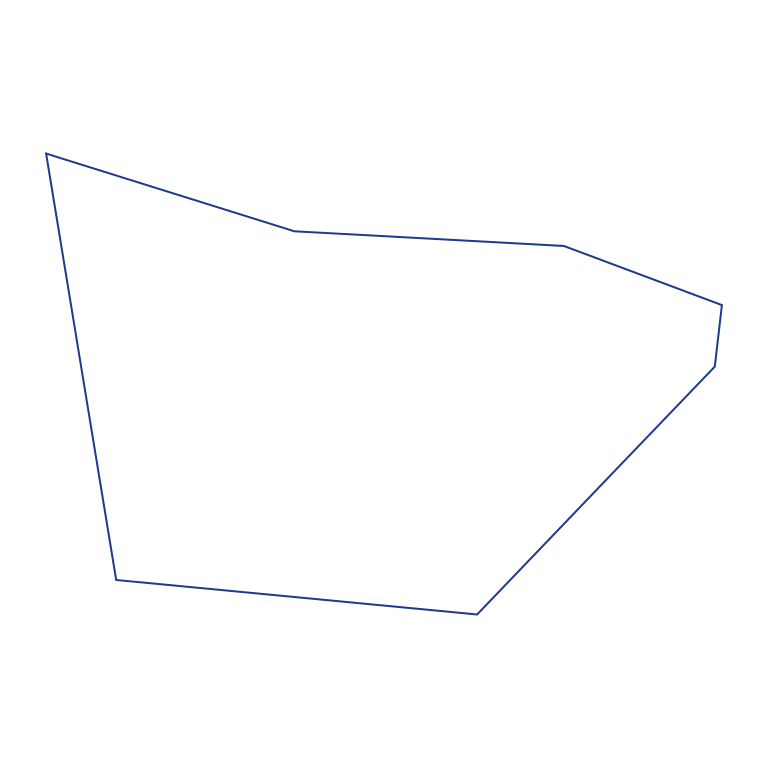 Gamsa, Ad Daqahliyah, Egypt (orthographic projection)
{"feature_id": "37247803B6242604579963", "entity_name": "Gamsa", "entity_type": "district", "adm_level": 2, "iso_a3": "EGY", "parent_name": "Egypt", "parent_adm1": "Ad Daqahliyah", "projection": "orthographic", "projection_center": [31.551, 31.44], "detail": "fine", "context": "isolated", "style": "outline", "palette": "blue", "viewbox_px": 768, "rotation_deg": 0, "n_neighbors": 0, "source": "geoboundaries", "source_scale": "gbopen_adm2", "svg_char_len": 245}
<svg xmlns="http://www.w3.org/2000/svg" viewBox="0 0 768 768"><path d="M477.1,614.5L617.7,467.8L714.8,366.6L721.9,305.1L563.9,246.0L294.4,231.3L60.5,158.1L46.1,153.5L116.2,580.0L477.1,614.5Z" fill="none" stroke="#1e3a8a" stroke-width="2"/></svg>